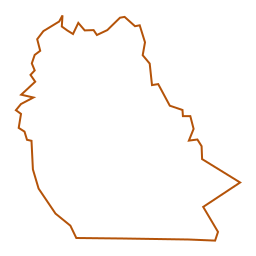 the district of Whitley, Kentucky, United States of America
{"feature_id": "52423323B1147631697949", "entity_name": "Whitley", "entity_type": "district", "adm_level": 2, "iso_a3": "USA", "parent_name": "United States of America", "parent_adm1": "Kentucky", "projection": "mercator", "projection_center": [-84.171, 36.78], "detail": "fine", "context": "isolated", "style": "outline", "palette": "amber", "viewbox_px": 256, "rotation_deg": 0, "n_neighbors": 0, "source": "geoboundaries", "source_scale": "gbopen_adm2", "svg_char_len": 761}
<svg xmlns="http://www.w3.org/2000/svg" viewBox="0 0 256 256"><path d="M43.4,31.1L37.2,39.2L40.2,50.8L34.7,54.9L31.8,63.4L34.7,70.4L30.5,74.9L35.2,81.7L21.2,94.7L33.4,97.5L21.0,104.0L15.9,110.2L21.0,113.9L18.7,127.9L24.5,131.6L27.0,139.8L31.5,140.8L32.9,169.4L38.6,188.6L55.5,213.6L70.4,225.7L76.3,238.0L123.0,238.5L188.4,239.5L188.5,239.5L215.1,240.6L218.0,231.9L203.2,206.9L240.1,182.5L202.1,159.1L201.6,146.2L197.4,139.5L188.9,140.6L193.6,128.9L190.3,116.1L182.9,116.1L182.5,110.0L169.8,105.7L158.2,84.1L152.0,85.1L149.7,63.6L142.7,55.2L145.0,42.3L139.7,25.3L135.0,26.2L124.6,16.9L120.0,17.7L107.3,30.1L96.9,35.0L93.6,30.1L84.7,30.4L78.3,22.9L73.0,34.0L67.2,30.4L61.8,26.5L62.5,15.4L59.2,21.5L43.4,31.1Z" fill="none" stroke="#b45309" stroke-width="2"/></svg>